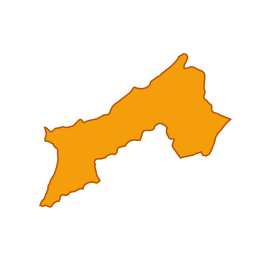 SVG path tracing the border of Souss - Massa - Draâ, rotated 348°
{"feature_id": "MAR-1455", "entity_name": "Souss - Massa - Draâ", "entity_type": "Region", "adm_level": 1, "iso_a3": "MAR", "parent_name": "Morocco", "parent_adm1": "", "projection": "mercator", "projection_center": [-8.042, 30.523], "detail": "fine", "context": "isolated", "style": "filled", "palette": "amber", "viewbox_px": 256, "rotation_deg": 348, "n_neighbors": 0, "source": "natural_earth", "source_scale": "10m", "svg_char_len": 3089}
<svg xmlns="http://www.w3.org/2000/svg" viewBox="0 0 256 256"><g transform="rotate(348 128 128)"><path d="M230.2,140.8L226.4,142.9L223.3,145.2L219.3,148.7L215.5,151.4L211.9,155.2L209.4,160.2L206.1,165.4L202.3,170.4L198.7,171.5L195.7,170.4L194.4,166.6L189.8,167.2L185.5,168.0L181.0,168.0L175.6,168.0L173.1,168.3L168.3,157.4L167.6,155.1L167.9,153.6L170.3,149.6L170.5,148.4L169.1,147.9L167.0,147.5L166.0,146.0L164.9,141.9L164.7,140.1L165.8,137.0L166.4,135.6L164.4,132.9L161.6,130.7L159.6,130.0L156.6,130.7L154.9,131.4L153.7,133.5L152.5,134.6L150.7,134.9L148.0,134.9L145.6,134.1L142.8,134.0L141.3,135.5L139.8,138.2L138.7,140.5L137.4,142.4L133.6,141.7L132.3,141.0L130.9,141.0L129.7,140.8L126.5,141.2L124.6,142.3L123.0,143.5L121.6,145.0L115.8,145.0L114.1,145.6L113.0,147.2L112.2,149.3L110.9,150.6L109.3,151.2L107.3,150.1L105.0,150.1L102.1,150.6L99.6,152.3L94.3,152.5L92.1,151.8L89.5,152.0L88.6,153.5L88.0,154.7L88.1,156.0L88.6,157.0L87.7,158.0L87.5,159.1L87.6,160.3L87.7,167.8L88.3,170.2L89.3,172.5L89.5,173.8L88.6,174.4L87.4,174.7L86.1,175.3L81.1,173.1L77.3,173.4L73.8,174.5L72.2,176.4L71.2,178.3L70.4,178.2L69.8,177.4L68.7,177.4L65.5,178.1L63.6,178.7L61.6,179.0L59.8,178.7L58.1,178.8L55.5,180.7L53.7,181.0L51.9,180.4L50.3,179.6L48.0,180.5L47.1,181.7L46.6,183.4L45.0,185.3L43.1,184.9L41.2,185.5L39.4,186.4L36.7,188.9L35.0,189.0L33.6,188.1L32.7,187.2L31.7,186.8L30.8,186.6L28.2,186.7L25.8,185.5L27.7,182.6L28.6,181.4L29.3,180.9L30.7,180.3L31.3,179.7L32.2,178.3L33.1,177.1L33.5,176.4L33.7,175.6L33.9,175.3L35.2,174.3L35.3,174.1L35.6,173.2L37.1,170.9L37.4,170.5L37.4,169.6L37.7,168.6L38.0,167.8L38.4,167.2L40.1,165.6L40.4,165.1L40.6,164.4L42.1,162.3L46.8,157.2L50.5,150.6L52.8,145.1L53.2,143.6L53.8,138.2L54.5,135.4L54.6,134.6L54.4,133.4L54.0,132.9L53.4,132.5L52.8,131.9L52.4,131.1L51.5,129.0L51.2,127.6L50.9,127.4L50.5,127.4L50.1,127.2L49.7,126.9L49.1,125.8L46.5,124.0L45.7,123.9L44.9,123.8L44.3,123.2L44.4,121.5L45.2,120.0L46.1,118.5L46.8,117.1L47.1,116.1L47.1,115.6L47.0,115.2L46.7,114.8L46.7,114.6L46.8,114.3L46.8,113.7L46.7,110.0L48.7,111.4L50.2,114.1L51.5,115.5L53.3,115.5L55.3,114.4L56.7,113.3L60.4,113.5L64.6,113.3L68.0,114.8L72.1,114.8L74.9,114.4L76.4,113.7L77.9,112.4L81.7,110.1L83.1,109.6L84.1,110.3L84.8,111.3L85.0,112.8L85.7,113.5L86.6,113.4L88.6,112.9L91.3,112.6L99.8,112.6L104.9,111.0L107.0,110.2L110.0,110.7L111.7,110.6L113.3,109.3L114.9,106.6L116.9,104.2L119.3,102.3L121.8,101.1L123.6,100.7L125.0,99.7L137.4,93.8L139.5,92.1L140.7,90.6L141.8,89.9L142.5,89.3L144.0,90.2L145.3,91.2L147.5,91.7L149.8,92.5L153.2,92.5L156.4,91.6L158.4,90.0L160.0,87.3L168.1,83.9L169.9,83.5L172.2,81.9L183.5,76.3L190.6,71.3L192.6,68.7L198.0,67.0L200.5,68.4L201.1,71.1L199.3,74.3L196.0,78.3L195.2,81.2L196.7,81.7L198.6,81.8L201.3,81.2L203.2,81.6L205.4,82.4L207.1,84.3L212.7,88.1L214.1,90.8L213.4,95.5L210.8,103.6L210.6,106.2L210.9,108.3L209.8,111.3L208.8,112.3L208.7,113.7L208.8,115.7L209.9,116.6L211.1,118.0L211.7,119.5L213.0,121.4L214.4,123.0L214.3,125.1L213.6,126.9L213.9,129.5L216.0,131.3L217.8,132.0L220.7,134.4L224.6,137.0L230.2,140.8Z" fill="#f59e0b" stroke="#b45309" stroke-width="1.5"/></g></svg>